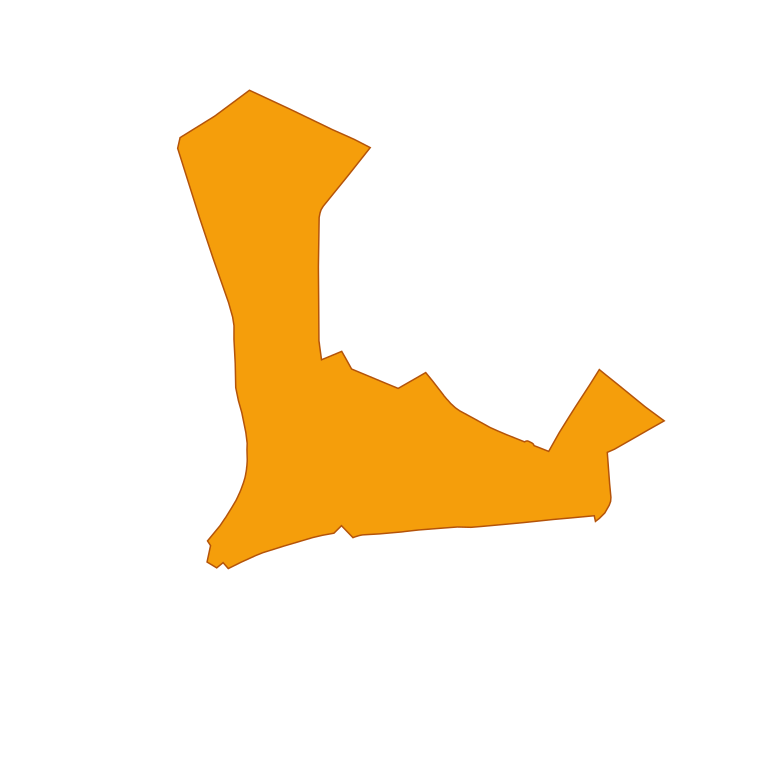 outline of Al Zahir, Al Qahirah, Egypt, rotated 200°
{"feature_id": "37247803B28746183260819", "entity_name": "Al Zahir", "entity_type": "district", "adm_level": 2, "iso_a3": "EGY", "parent_name": "Egypt", "parent_adm1": "Al Qahirah", "projection": "robinson", "projection_center": [31.266, 30.063], "detail": "fine", "context": "isolated", "style": "filled", "palette": "amber", "viewbox_px": 768, "rotation_deg": 200, "n_neighbors": 0, "source": "geoboundaries", "source_scale": "gbopen_adm2", "svg_char_len": 2139}
<svg xmlns="http://www.w3.org/2000/svg" viewBox="0 0 768 768"><g transform="rotate(200 384 384)"><path d="M108.1,445.2L130.8,451.9L164.4,463.6L178.6,468.4L186.6,471.2L190.4,453.5L196.1,429.0L198.6,417.6L202.7,398.2L206.2,377.0L216.7,377.3L221.9,377.4L222.9,378.4L223.1,378.6L224.8,379.2L228.4,379.6L229.6,379.6L230.9,379.0L232.1,377.7L251.8,378.3L260.9,378.8L269.3,379.4L270.0,379.5L270.7,379.6L289.0,382.5L302.5,384.5L303.7,384.7L306.0,385.3L308.9,386.1L314.7,388.5L318.1,390.4L319.1,390.9L319.6,391.1L320.6,391.7L321.5,392.2L322.5,392.8L323.5,393.3L324.4,394.0L339.3,403.4L348.7,409.0L369.2,384.7L383.3,385.3L419.6,387.0L428.2,394.5L434.9,400.2L451.0,385.4L457.6,397.9L458.7,400.1L459.9,402.3L473.2,438.1L485.7,471.6L501.9,518.3L502.6,522.8L502.7,526.3L501.9,530.3L489.3,566.8L477.8,601.4L478.5,601.5L479.3,601.6L495.7,603.7L519.8,605.4L539.4,607.4L567.4,610.2L610.9,614.0L634.8,577.7L659.9,545.8L658.5,534.9L614.3,477.3L587.4,443.4L557.8,407.2L549.1,395.1L544.9,387.5L540.2,374.5L530.9,352.6L528.1,345.4L522.1,329.9L515.2,318.7L507.8,308.4L497.2,291.1L492.3,281.5L490.3,275.4L486.7,266.3L486.0,264.2L485.6,262.8L485.2,261.4L484.8,260.0L484.5,258.5L484.1,257.1L483.8,255.7L483.5,254.2L483.3,252.8L483.0,251.3L482.8,249.9L482.6,248.4L482.4,245.1L482.3,243.2L482.3,241.3L482.3,239.4L482.3,237.6L482.3,235.7L482.4,233.8L482.5,232.0L482.7,230.1L482.8,228.2L483.0,226.4L483.2,224.3L483.3,223.5L483.5,222.6L484.7,216.2L487.0,205.1L487.2,204.2L487.5,203.3L489.6,194.8L496.2,176.2L491.7,172.8L489.4,156.2L478.3,154.0L474.1,161.1L467.2,157.3L457.3,167.7L445.9,178.9L440.1,184.1L423.0,197.2L398.5,215.3L390.1,220.8L380.0,226.7L375.5,236.3L360.6,229.0L360.0,229.6L359.3,230.2L355.6,233.0L353.9,234.1L352.3,235.0L337.0,241.6L316.9,251.0L315.7,251.6L314.4,252.3L301.7,258.6L280.6,268.2L266.0,274.8L265.3,275.0L264.5,275.3L253.2,279.1L243.4,283.6L220.9,294.2L206.1,301.2L195.6,306.3L178.6,314.6L163.4,321.7L141.4,332.1L138.3,327.2L137.1,329.1L135.7,331.3L132.4,338.3L130.9,347.1L130.9,349.2L130.9,351.2L132.0,355.1L137.9,367.5L150.8,396.1L145.0,401.7L131.1,418.1L119.8,431.5L108.1,445.2Z" fill="#f59e0b" stroke="#b45309" stroke-width="1.5"/></g></svg>